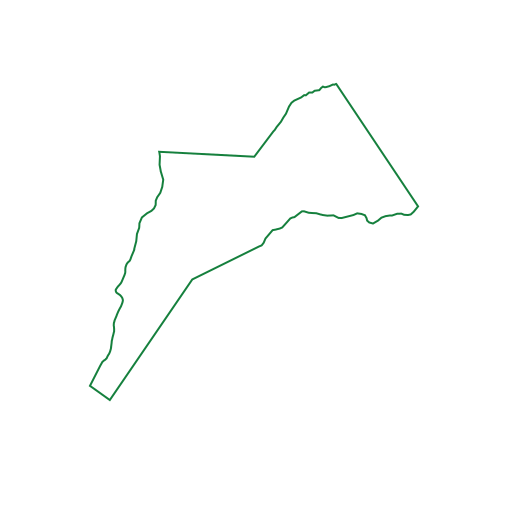 Mongouge, Choiseul, Saint Lucia, rotated 203°
{"feature_id": "8701671B23364700154190", "entity_name": "Mongouge", "entity_type": "district", "adm_level": 2, "iso_a3": "LCA", "parent_name": "Saint Lucia", "parent_adm1": "Choiseul", "projection": "natural_earth1", "projection_center": [-61.043, 13.805], "detail": "fine", "context": "isolated", "style": "outline", "palette": "green", "viewbox_px": 512, "rotation_deg": 203, "n_neighbors": 0, "source": "geoboundaries", "source_scale": "gbopen_adm2", "svg_char_len": 5296}
<svg xmlns="http://www.w3.org/2000/svg" viewBox="0 0 512 512"><g transform="rotate(203 256 256)"><path d="M305.0,210.1L256.8,266.1L255.0,267.9L254.8,268.5L254.1,271.2L254.1,275.8L253.4,278.0L250.8,286.3L247.9,288.2L247.6,288.5L244.9,290.5L243.0,292.5L240.7,299.2L239.1,304.0L238.4,304.7L237.6,305.6L235.8,306.8L231.2,315.0L229.3,315.9L224.4,316.4L220.5,317.7L217.3,318.9L214.9,319.2L212.9,319.4L212.1,319.6L210.6,319.8L206.1,321.0L200.5,323.7L194.9,323.3L194.4,323.5L192.0,324.4L182.3,331.8L179.5,334.8L175.4,335.9L172.8,336.0L171.7,336.1L169.0,334.0L168.3,333.0L167.5,332.0L164.9,331.1L161.9,331.5L161.0,331.6L158.4,335.1L157.6,336.1L155.5,340.3L152.3,343.3L148.6,345.6L146.6,346.4L142.5,350.1L141.5,350.5L138.7,351.8L135.8,351.8L132.1,353.1L129.8,354.7L128.1,358.4L128.0,358.8L127.7,359.8L126.2,365.0L249.2,445.6L249.5,445.7L250.8,444.3L252.2,443.9L254.8,441.0L257.7,438.7L259.0,438.1L260.6,438.1L261.7,436.1L262.5,433.4L266.6,431.0L268.0,428.5L271.0,427.2L272.9,423.4L274.5,422.9L276.4,419.6L281.5,414.0L283.2,410.9L284.0,406.5L284.0,398.7L284.9,394.2L285.5,389.3L287.4,382.8L288.0,379.3L288.7,377.5L296.4,346.7L385.8,314.1L385.3,313.4L383.4,310.3L380.4,302.3L377.1,297.3L376.7,296.6L376.4,296.3L371.2,290.0L370.0,285.5L369.3,283.0L368.8,276.7L369.9,271.6L369.9,267.8L368.7,264.8L368.3,263.7L368.5,259.9L369.9,256.7L371.6,254.5L372.9,252.9L376.1,246.9L376.1,240.6L374.9,237.4L374.5,236.1L374.3,232.1L374.2,229.8L373.0,226.0L372.0,222.8L371.1,216.6L370.8,214.7L370.6,214.5L370.6,214.2L370.5,213.9L370.5,213.5L370.5,213.2L370.5,212.9L370.5,212.4L370.5,211.9L370.5,211.5L370.5,211.0L370.5,210.6L370.5,209.9L370.5,209.5L370.5,208.9L370.5,208.6L370.5,208.1L370.5,207.8L370.5,207.3L370.5,206.9L370.5,206.6L370.4,206.2L370.4,205.9L370.4,205.5L370.4,205.1L370.3,204.7L370.3,204.2L370.3,203.8L370.3,203.4L370.3,203.0L370.4,202.6L370.4,202.3L370.5,201.9L370.7,201.5L370.9,201.1L371.1,200.8L371.2,200.5L371.4,200.1L371.5,199.6L371.7,199.2L371.7,198.8L371.8,198.4L371.9,198.0L371.9,197.7L371.9,197.4L371.9,197.1L371.9,196.7L371.8,196.2L371.8,195.8L371.8,195.5L371.8,195.2L371.7,194.9L371.7,194.6L371.6,194.3L371.5,193.9L371.4,193.5L371.2,193.1L371.1,192.8L371.0,192.5L370.9,192.2L370.8,191.8L370.7,191.6L370.5,191.3L370.4,191.0L370.2,190.6L370.1,190.3L370.0,190.0L369.9,189.6L369.8,189.3L369.7,188.8L369.7,188.5L369.7,188.1L369.7,187.8L369.6,187.3L369.6,186.8L369.6,186.3L369.6,185.8L369.6,185.3L369.6,184.9L369.6,184.4L369.6,184.0L369.6,183.5L369.6,183.1L369.6,182.8L369.6,182.4L369.6,182.1L369.6,181.7L369.6,181.2L369.6,180.7L369.6,180.0L369.6,179.6L369.7,179.1L369.7,178.6L369.8,178.1L369.9,177.8L370.0,177.5L370.0,177.2L370.2,176.8L370.3,176.5L370.4,176.1L370.5,175.7L370.7,175.2L370.9,174.8L371.0,174.4L371.1,174.1L371.2,173.8L371.3,173.3L371.4,173.1L371.5,172.6L371.6,172.2L371.6,171.8L371.7,171.5L371.8,171.2L371.8,170.8L371.9,170.4L371.9,170.0L371.7,169.6L371.6,169.3L371.4,169.1L371.3,168.9L371.1,168.6L370.8,168.3L370.4,168.0L370.1,167.8L369.8,167.7L369.5,167.6L369.1,167.5L368.9,167.5L368.5,167.4L368.2,167.4L367.9,167.3L367.5,167.3L367.3,167.2L366.9,167.1L366.5,167.0L366.3,167.0L365.9,166.9L365.6,166.8L365.2,166.6L364.9,166.4L364.5,166.3L364.3,166.2L364.0,166.0L363.7,165.8L363.4,165.6L363.1,165.4L362.8,165.2L362.5,164.9L362.3,164.7L362.1,164.4L361.9,164.2L361.6,163.8L361.4,163.5L361.3,163.3L361.1,162.8L361.0,162.5L361.0,162.1L360.9,161.8L360.8,161.5L360.8,161.2L360.8,160.9L360.7,160.5L360.7,160.2L360.6,157.0L360.6,156.7L360.7,156.2L360.7,155.7L360.8,155.1L360.9,154.6L360.9,154.2L360.9,153.7L361.0,153.2L361.0,152.7L361.0,152.3L361.0,152.0L361.1,151.6L361.1,151.1L361.1,150.7L361.1,150.3L361.1,150.0L361.1,149.5L361.1,149.1L361.1,148.7L361.1,148.3L361.1,147.9L361.1,147.4L361.1,147.1L361.0,146.8L361.0,146.3L361.0,145.9L361.0,145.4L361.0,145.1L361.0,144.8L361.0,144.3L361.0,143.9L361.0,143.5L361.0,143.1L361.0,142.7L361.0,142.3L361.0,141.9L361.0,141.4L360.9,141.0L360.8,140.6L360.8,140.1L360.7,139.8L360.7,139.5L360.7,139.1L360.6,138.8L360.5,138.4L360.4,138.1L360.3,137.8L360.1,137.3L360.0,136.9L359.8,136.5L359.6,136.1L359.4,135.8L359.2,135.5L359.0,135.2L358.8,134.8L358.6,134.4L358.5,134.1L358.2,133.7L358.1,133.4L357.9,133.0L357.8,132.8L357.7,132.4L357.5,132.0L357.4,131.8L357.2,131.3L357.1,130.9L357.1,130.6L357.0,130.2L357.0,129.8L356.9,129.4L356.8,129.0L356.8,128.7L356.7,128.3L356.6,127.8L356.6,127.4L356.5,127.1L356.5,126.6L356.4,126.3L356.4,125.9L356.3,125.5L356.2,125.0L356.2,124.6L356.1,124.3L356.0,123.9L355.9,123.4L355.8,122.9L355.7,122.4L355.7,122.0L355.6,121.6L355.5,121.3L355.4,121.0L355.3,120.5L355.1,120.1L355.0,119.7L354.9,119.4L354.8,119.1L354.7,118.7L354.6,118.2L354.4,117.8L354.3,117.3L354.2,116.9L354.1,116.5L353.9,116.0L353.9,115.7L353.7,115.4L353.7,115.1L353.6,114.8L353.5,114.5L353.4,114.1L353.3,113.7L353.3,113.3L353.2,112.8L353.2,112.4L353.1,112.0L353.1,111.7L353.0,111.2L353.0,110.9L353.0,110.5L353.0,110.1L353.0,109.8L353.0,109.4L353.0,109.0L353.0,108.6L353.1,108.1L353.2,107.7L353.3,107.3L353.3,107.0L353.3,106.7L353.4,106.2L353.5,105.6L353.5,105.0L353.5,104.6L353.5,104.0L353.5,103.6L353.6,103.1L353.9,102.8L354.0,102.4L354.1,102.0L354.2,101.7L354.4,101.5L354.6,101.1L354.8,100.8L355.1,100.5L355.3,100.1L355.4,99.7L355.6,99.3L356.0,98.6L356.5,94.2L358.1,71.6L334.3,66.3L305.5,209.5L305.0,210.1Z" fill="none" stroke="#15803d" stroke-width="2"/></g></svg>